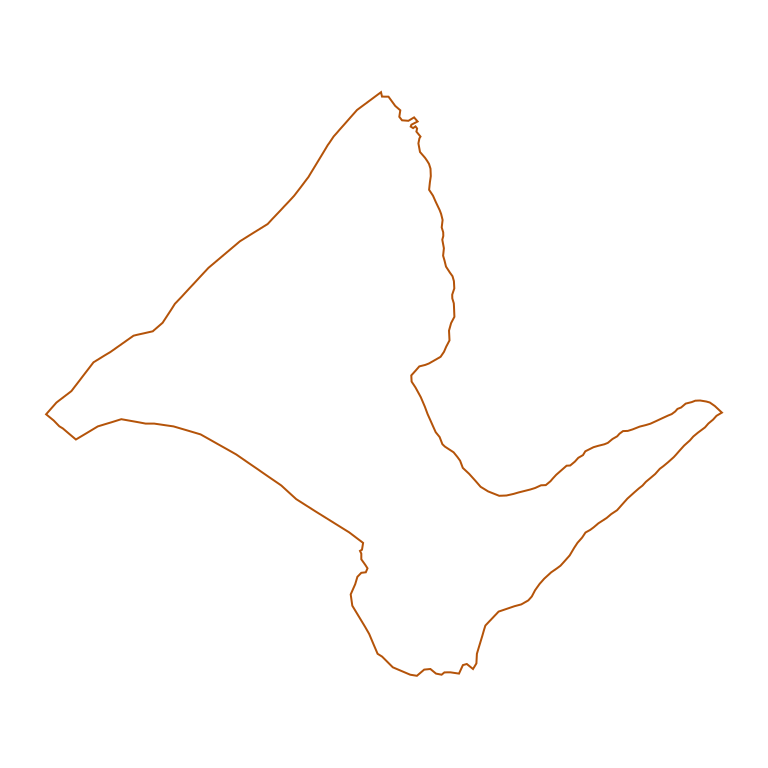 outline of Donga, Taraba, Nigeria
{"feature_id": "59680162B72688070781247", "entity_name": "Donga", "entity_type": "district", "adm_level": 2, "iso_a3": "NGA", "parent_name": "Nigeria", "parent_adm1": "Taraba", "projection": "mercator", "projection_center": [10.325, 7.657], "detail": "fine", "context": "isolated", "style": "outline", "palette": "amber", "viewbox_px": 768, "rotation_deg": 0, "n_neighbors": 0, "source": "geoboundaries", "source_scale": "gbopen_adm2", "svg_char_len": 3827}
<svg xmlns="http://www.w3.org/2000/svg" viewBox="0 0 768 768"><path d="M721.9,412.6L714.8,406.0L709.8,402.5L706.2,401.5L700.1,400.5L695.3,400.7L691.7,402.1L685.7,403.6L681.1,407.5L677.5,408.9L675.2,411.5L671.7,414.1L668.2,415.5L662.3,418.2L656.3,421.0L650.4,423.7L645.7,425.1L639.7,426.6L632.6,429.4L627.8,430.9L623.0,431.1L619.5,433.7L617.2,436.3L612.5,439.0L607.8,442.9L604.3,444.3L598.3,445.8L593.5,447.2L585.3,451.3L583.0,455.1L578.3,457.8L574.9,461.6L570.2,465.5L566.6,465.7L556.2,474.8L552.7,478.6L550.5,481.2L545.8,485.1L541.0,485.3L535.1,488.0L530.3,489.5L518.4,492.5L513.6,493.9L510.5,494.6L506.4,495.5L499.2,495.8L488.1,491.4L484.4,489.1L480.6,486.8L475.5,480.9L469.1,473.8L462.8,467.9L460.1,460.7L457.5,457.1L453.6,452.3L444.9,446.6L442.4,444.2L439.6,437.0L435.7,432.2L433.0,426.2L430.3,420.1L427.6,414.1L424.9,406.8L420.8,397.2L415.5,387.5L411.6,381.6L411.3,375.4L415.9,370.3L419.3,366.4L425.3,364.9L428.9,363.5L431.0,362.3L440.6,356.8L444.0,351.8L446.2,346.7L449.5,340.4L449.2,334.3L449.0,330.6L451.1,323.1L454.4,316.8L454.0,306.9L453.8,303.3L452.3,298.4L452.2,294.7L454.3,288.4L453.9,281.1L452.5,276.2L449.9,272.6L446.0,266.6L444.5,260.5L443.1,255.7L443.9,248.3L442.3,239.7L443.3,236.0L443.2,232.3L441.7,227.4L442.6,220.0L441.1,213.9L439.7,210.2L435.7,201.8L433.0,195.7L429.1,189.8L429.9,182.3L430.8,176.1L430.5,168.7L429.0,163.9L427.1,160.8L425.1,157.9L420.0,152.0L418.4,143.4L419.4,138.4L420.5,136.6L416.4,131.6L417.1,128.5L415.5,126.4L413.1,128.1L410.7,126.6L411.4,124.7L417.6,121.5L414.1,117.4L408.4,120.8L402.0,120.3L399.3,116.8L400.3,110.3L395.2,105.9L388.5,96.7L382.0,96.6L381.0,92.2L360.5,107.4L357.0,110.0L354.8,112.5L350.8,117.0L344.4,124.3L339.4,129.9L337.2,132.5L333.7,136.4L329.2,143.1L327.8,145.0L323.8,151.7L320.1,157.8L316.4,163.9L310.3,173.9L308.4,177.1L306.6,179.4L300.9,187.0L297.2,191.8L294.1,195.8L288.2,202.2L284.0,206.6L280.5,210.4L272.2,219.1L267.7,224.0L253.8,232.6L251.4,234.1L239.9,241.3L208.4,267.9L199.0,278.0L194.3,283.1L189.6,288.1L184.9,293.2L181.8,296.6L174.9,303.8L171.1,309.8L163.5,321.4L162.7,322.7L154.0,330.2L152.8,331.3L148.3,332.3L143.5,333.4L137.1,334.8L133.5,335.7L110.4,352.0L104.7,355.4L93.5,362.3L89.9,367.0L86.2,371.8L82.5,376.6L79.4,380.7L74.6,386.9L71.4,391.1L58.3,401.1L56.4,402.6L46.1,414.3L53.7,420.5L59.3,426.3L62.8,428.4L68.9,433.6L75.9,439.5L86.5,433.2L97.8,426.4L106.7,423.7L111.4,422.3L118.4,420.1L121.3,419.2L127.5,420.3L135.4,421.7L140.4,422.6L145.6,423.6L154.2,423.6L158.3,424.2L159.7,424.4L165.8,425.3L173.5,426.4L189.2,431.0L200.6,434.4L209.7,439.5L217.3,443.8L227.3,449.4L236.3,454.5L248.6,463.0L258.7,469.9L260.8,471.4L269.2,477.2L279.3,484.1L281.3,485.5L288.5,492.1L296.3,499.2L315.5,511.4L346.5,530.7L349.1,532.3L363.1,542.9L362.0,549.7L360.0,550.9L361.3,553.6L361.3,559.3L365.3,564.9L367.5,568.3L365.8,572.3L361.3,572.8L357.4,576.8L355.2,584.2L350.7,594.4L352.3,605.7L365.3,627.2L366.9,630.0L369.2,634.0L373.7,644.7L375.9,649.8L377.6,653.8L382.1,656.6L392.8,667.3L410.2,674.7L416.9,675.8L424.2,669.6L430.4,669.0L436.0,673.6L441.6,674.7L444.4,672.4L450.2,672.3L459.0,673.6L462.9,665.1L466.8,664.0L473.0,669.0L473.4,668.3L474.3,666.9L476.4,663.4L476.9,653.8L478.9,647.1L482.3,635.9L484.1,629.6L485.4,625.5L498.6,611.6L504.5,609.6L514.5,606.2L521.3,604.4L528.3,600.4L531.8,596.5L535.1,590.2L539.6,583.9L544.2,578.7L551.2,572.3L557.0,568.3L560.5,565.7L565.1,560.6L569.7,555.4L574.2,547.8L577.5,542.8L582.1,537.6L585.5,532.5L590.2,529.9L593.7,527.3L598.4,523.3L606.6,518.0L611.2,514.1L617.1,510.2L621.7,505.0L627.4,498.6L633.2,493.4L634.3,492.4L639.0,488.3L642.5,485.6L645.9,481.8L650.6,477.9L655.2,474.0L659.8,468.8L663.3,466.2L668.0,462.3L673.8,457.1L676.1,454.6L679.5,450.7L684.1,445.6L689.9,440.4L693.3,436.5L698.0,432.6L701.5,430.0L705.0,427.4L708.4,423.5L713.1,419.6L716.5,415.8L721.9,412.6Z" fill="none" stroke="#b45309" stroke-width="2"/></svg>